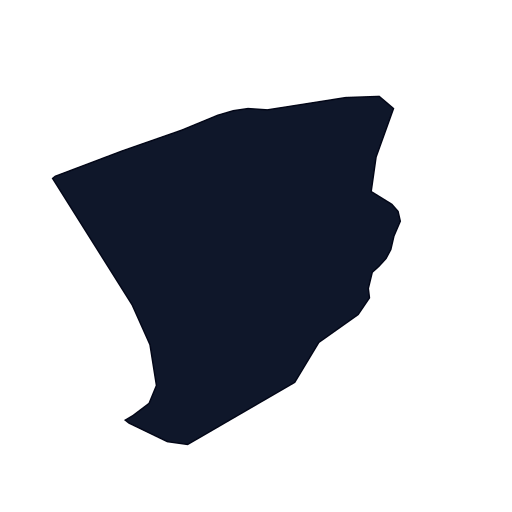 SVG path tracing the border of Jakarta Raya, rotated 248°
{"feature_id": "IDN-1227", "entity_name": "Jakarta Raya", "entity_type": "Special district", "adm_level": 1, "iso_a3": "IDN", "parent_name": "Indonesia", "parent_adm1": "", "projection": "natural_earth1", "projection_center": [106.832, -6.22], "detail": "fine", "context": "isolated", "style": "filled", "palette": "ink", "viewbox_px": 512, "rotation_deg": 248, "n_neighbors": 0, "source": "natural_earth", "source_scale": "10m", "svg_char_len": 597}
<svg xmlns="http://www.w3.org/2000/svg" viewBox="0 0 512 512"><g transform="rotate(248 256 256)"><path d="M152.8,73.3L154.1,82.0L159.4,101.7L173.2,115.2L213.5,124.5L257.0,122.9L404.1,96.5L405.1,99.8L403.5,171.6L400.5,234.2L400.8,273.3L399.2,289.4L395.7,303.8L387.2,321.3L369.3,398.4L357.8,430.0L341.2,438.7L302.8,404.4L272.6,386.9L253.0,401.3L244.1,404.4L234.2,402.8L222.9,391.4L211.5,383.4L205.0,375.6L200.4,366.0L197.4,357.7L183.9,348.0L174.7,345.5L163.5,328.8L152.4,281.9L124.4,244.6L106.9,122.0L117.1,104.3L148.6,75.7L152.8,73.3Z" fill="#0f172a" stroke="#020617" stroke-width="1.5"/></g></svg>